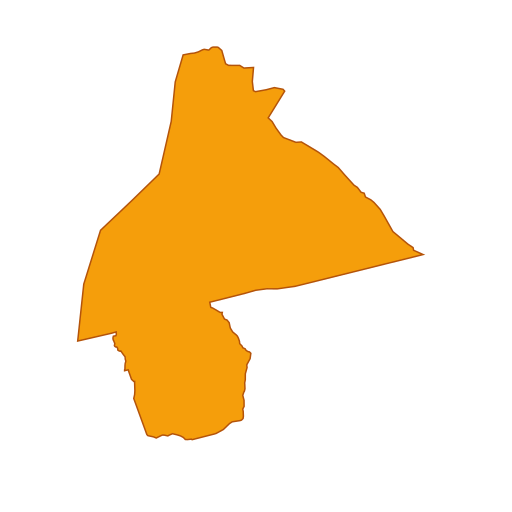 outline of Tema West Municipal, Greater Accra, Ghana, rotated 191°
{"feature_id": "2480657B69717792501029", "entity_name": "Tema West Municipal", "entity_type": "district", "adm_level": 2, "iso_a3": "GHA", "parent_name": "Ghana", "parent_adm1": "Greater Accra", "projection": "natural_earth1", "projection_center": [-0.066, 5.653], "detail": "fine", "context": "isolated", "style": "filled", "palette": "amber", "viewbox_px": 512, "rotation_deg": 191, "n_neighbors": 0, "source": "geoboundaries", "source_scale": "gbopen_adm2", "svg_char_len": 2317}
<svg xmlns="http://www.w3.org/2000/svg" viewBox="0 0 512 512"><g transform="rotate(191 256 256)"><path d="M92.3,289.3L102.4,291.7L103.4,294.2L109.1,296.6L126.3,306.1L138.0,319.9L143.0,325.5L150.3,331.0L153.9,333.0L159.8,334.8L161.8,338.3L165.0,338.6L169.6,342.7L173.3,344.2L184.3,352.4L192.1,358.5L197.6,361.2L207.9,366.7L214.5,369.8L233.2,376.6L238.5,375.2L251.6,377.5L254.6,379.6L260.8,385.4L265.8,391.0L270.4,393.9L259.3,423.3L261.3,424.8L270.1,424.8L277.8,421.1L287.9,417.2L290.1,417.8L292.9,426.6L294.4,440.6L303.7,438.2L308.4,440.0L313.4,439.0L319.3,437.9L322.5,438.9L324.0,441.7L328.8,451.2L332.7,453.5L333.6,453.7L338.0,452.9L339.6,452.0L341.4,449.4L342.2,449.0L342.9,449.1L346.3,449.0L348.0,448.1L351.5,445.4L355.3,443.4L358.7,442.4L365.9,439.5L368.5,411.5L364.9,372.0L366.7,318.0L388.3,286.9L413.5,251.6L419.7,195.5L414.8,138.5L382.9,152.7L378.8,154.8L378.3,152.9L378.1,152.4L378.3,151.0L380.7,150.1L380.8,148.8L380.7,147.9L380.2,146.4L379.6,145.8L377.9,143.1L377.9,142.2L377.9,141.0L377.4,140.4L376.2,139.9L375.3,140.1L374.2,139.0L373.7,137.3L372.3,136.7L371.1,136.6L370.6,137.0L367.5,134.0L365.3,132.1L364.6,129.6L364.0,128.6L363.7,127.5L363.9,125.7L363.7,123.5L363.1,120.0L363.3,119.2L363.1,118.3L359.8,119.9L354.7,111.2L352.0,109.5L351.2,109.7L351.0,108.5L349.2,100.7L348.7,96.8L348.8,92.8L332.0,64.8L329.2,60.1L328.1,59.1L326.9,59.0L322.1,58.9L319.2,58.3L315.0,61.5L314.1,62.1L313.1,62.6L312.4,62.5L311.5,62.7L310.1,62.6L308.2,62.6L307.0,63.6L304.1,65.6L299.4,65.4L295.8,65.0L292.6,64.0L290.4,62.4L288.3,62.7L286.1,63.4L284.5,63.9L283.7,63.5L263.2,73.2L261.3,74.2L254.9,79.5L250.0,86.5L247.7,88.7L240.2,91.4L239.0,92.1L238.2,93.2L237.7,94.0L237.8,96.3L238.9,101.0L239.8,103.2L239.0,106.1L240.2,112.0L242.4,116.7L242.0,120.0L241.6,121.0L241.5,123.5L242.5,127.8L242.9,129.2L242.9,132.5L244.0,138.4L243.5,144.8L244.3,147.4L242.2,154.1L242.5,159.5L244.1,160.6L245.8,160.7L247.8,161.5L248.9,162.8L251.4,163.4L252.6,165.0L255.3,166.9L255.9,169.0L256.1,169.4L257.6,172.0L259.0,173.8L260.2,174.7L264.4,177.0L267.4,180.3L268.1,181.8L269.6,185.4L272.2,187.6L274.9,188.1L278.3,192.3L278.3,194.2L280.5,193.8L288.7,196.7L290.5,196.9L290.8,197.5L292.6,201.8L259.6,217.3L249.8,222.3L239.1,225.9L228.9,227.8L211.6,233.8L128.0,272.7L95.0,288.0L92.3,289.3Z" fill="#f59e0b" stroke="#b45309" stroke-width="1.5"/></g></svg>